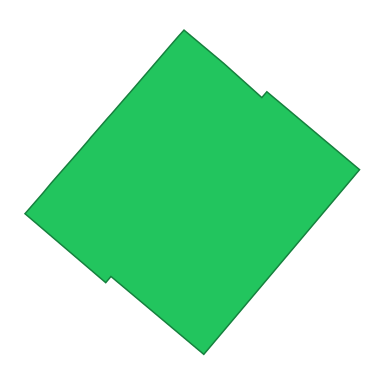 Page, Iowa, United States of America, rotated 130°
{"feature_id": "52423323B95233245971314", "entity_name": "Page", "entity_type": "district", "adm_level": 2, "iso_a3": "USA", "parent_name": "United States of America", "parent_adm1": "Iowa", "projection": "mercator", "projection_center": [-95.164, 40.738], "detail": "fine", "context": "isolated", "style": "filled", "palette": "green", "viewbox_px": 384, "rotation_deg": 130, "n_neighbors": 0, "source": "geoboundaries", "source_scale": "gbopen_adm2", "svg_char_len": 546}
<svg xmlns="http://www.w3.org/2000/svg" viewBox="0 0 384 384"><g transform="rotate(130 192 192)"><path d="M163.9,303.6L184.1,303.9L189.2,304.1L207.0,304.4L211.6,304.5L212.4,304.5L212.6,304.5L214.2,304.6L219.3,304.5L228.7,304.6L234.5,304.7L275.4,305.6L288.7,305.5L294.7,305.6L316.0,306.0L316.9,199.8L308.8,199.8L308.8,78.6L67.2,78.0L67.1,199.1L74.8,199.2L73.1,249.9L73.1,302.2L81.6,302.5L93.4,302.7L153.7,303.4L155.2,303.4L155.9,303.4L158.1,303.5L158.4,303.5L159.0,303.5L163.9,303.6Z" fill="#22c55e" stroke="#15803d" stroke-width="1.5"/></g></svg>